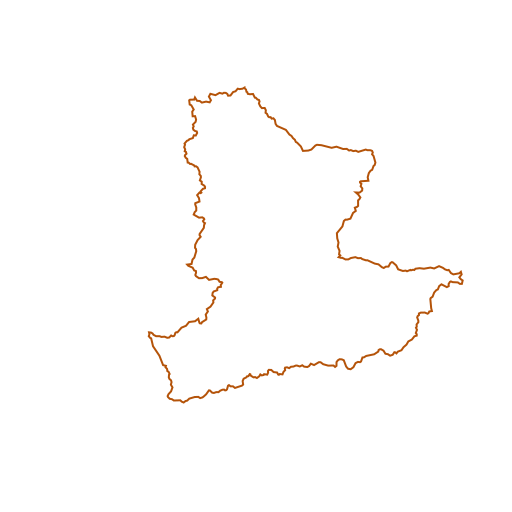 the district of Abancay, Apurímac, Peru, rotated 142°
{"feature_id": "86281439B95631648955536", "entity_name": "Abancay", "entity_type": "district", "adm_level": 2, "iso_a3": "PER", "parent_name": "Peru", "parent_adm1": "Apurímac", "projection": "orthographic", "projection_center": [-72.819, -13.777], "detail": "fine", "context": "isolated", "style": "outline", "palette": "amber", "viewbox_px": 512, "rotation_deg": 142, "n_neighbors": 0, "source": "geoboundaries", "source_scale": "gbopen_adm2", "svg_char_len": 6147}
<svg xmlns="http://www.w3.org/2000/svg" viewBox="0 0 512 512"><g transform="rotate(142 256 256)"><path d="M262.0,119.9L260.2,119.9L257.9,122.8L255.8,123.4L253.7,123.2L252.0,121.7L251.0,119.8L253.0,113.4L252.9,110.5L251.1,108.5L247.7,108.4L243.5,110.3L240.9,109.8L239.4,108.3L238.2,108.2L234.6,110.5L233.4,109.7L230.7,109.4L223.4,105.8L218.5,105.4L217.3,106.4L216.0,106.3L214.9,105.6L213.8,102.9L214.2,99.3L212.5,97.4L211.7,94.9L209.1,94.0L206.2,95.0L205.6,94.4L205.3,92.8L203.1,93.3L199.4,92.2L195.9,93.3L192.0,93.5L188.6,94.9L184.6,94.2L180.6,95.2L178.4,94.3L177.5,95.4L177.5,96.9L174.6,98.7L174.1,101.0L172.9,101.3L171.6,103.2L168.8,103.9L167.8,105.3L166.8,108.4L165.6,109.1L164.0,109.1L163.0,110.4L160.9,109.9L157.8,107.5L156.3,104.9L155.3,104.8L153.6,105.6L151.3,104.3L150.1,107.0L145.1,114.8L144.2,115.3L141.9,115.2L138.1,117.5L134.9,118.1L133.3,117.7L130.2,119.5L127.3,119.5L124.8,114.0L122.7,113.6L121.4,115.4L119.1,116.2L118.1,116.0L117.2,114.4L113.2,110.9L112.5,108.5L110.9,107.3L108.2,109.5L108.9,111.6L108.9,114.0L105.3,114.9L104.3,117.4L106.4,117.2L111.8,120.0L112.9,122.5L112.7,126.4L114.0,127.0L115.3,129.1L116.0,131.6L118.0,135.3L123.3,136.5L125.7,139.5L131.5,142.6L134.6,145.7L138.2,147.8L139.9,147.5L140.7,148.5L142.7,149.3L142.9,150.0L146.4,151.0L147.0,152.3L149.5,153.8L152.2,158.0L151.3,162.3L152.2,166.9L152.8,167.6L154.5,167.7L158.1,166.1L160.3,167.7L162.7,167.9L163.7,169.7L164.6,174.0L167.1,176.9L170.8,184.0L172.0,184.9L174.2,188.2L174.6,189.8L177.0,191.5L178.4,193.9L182.5,196.0L185.4,196.5L187.6,198.2L189.2,201.6L190.1,202.1L191.6,204.2L189.2,204.6L189.5,206.2L187.0,208.6L185.8,213.1L182.7,215.8L181.1,219.9L178.2,224.2L169.7,226.1L165.2,229.5L163.1,229.6L161.9,228.6L158.6,227.3L153.0,230.2L149.6,230.1L148.4,233.2L146.1,232.5L144.7,232.6L141.3,237.0L139.6,237.1L137.7,237.9L137.6,241.5L138.2,244.6L135.4,242.2L132.1,242.2L130.6,243.8L130.6,246.5L128.5,248.0L128.8,249.8L128.4,250.4L127.5,250.4L121.1,246.1L119.5,249.3L116.0,251.9L113.2,252.7L111.4,252.4L107.9,254.6L106.5,254.6L104.4,256.1L101.8,262.4L101.9,264.7L100.3,265.6L99.8,267.3L100.6,268.8L103.1,270.8L104.0,272.3L111.3,275.1L112.5,277.5L114.8,278.8L116.1,281.1L117.7,281.8L118.5,284.5L121.5,286.7L125.3,292.6L129.8,294.7L136.2,303.0L139.5,306.1L141.2,306.5L146.8,305.8L149.9,306.9L154.3,309.9L153.2,314.7L153.8,320.0L154.4,321.4L153.8,323.7L154.3,326.1L154.1,328.8L154.9,331.1L154.8,337.0L159.4,345.6L159.2,348.1L157.4,351.5L157.5,353.8L159.1,354.6L159.0,356.4L160.2,357.3L160.5,358.4L159.8,361.3L160.3,363.0L158.5,364.8L158.0,367.3L160.3,368.9L160.5,371.2L159.8,374.4L158.0,375.7L157.6,377.2L158.5,378.4L158.7,380.8L159.4,381.5L158.6,385.5L161.2,387.2L162.6,388.8L162.0,390.5L162.4,391.3L161.4,393.3L161.7,395.1L161.3,395.8L163.6,396.1L166.3,397.7L167.4,399.1L170.7,398.4L173.1,399.3L177.3,398.2L179.3,399.5L178.8,401.4L179.4,403.2L180.9,404.4L182.5,404.6L184.3,407.0L188.9,407.7L192.1,411.9L195.0,410.6L195.6,406.5L197.9,405.6L200.3,408.4L204.2,410.2L204.9,412.8L206.9,414.6L206.5,418.5L208.4,417.3L211.8,419.8L212.8,419.8L215.0,416.2L214.2,414.6L214.9,409.8L217.4,409.0L219.9,405.1L217.9,403.7L219.2,400.4L221.0,398.9L224.8,398.4L225.3,396.5L226.9,395.8L227.6,394.1L227.1,392.1L226.0,390.6L226.6,389.2L229.3,388.0L230.7,389.4L233.2,387.8L236.7,389.1L237.8,388.8L239.5,389.3L243.1,388.6L243.4,387.4L245.6,386.0L246.1,383.7L247.7,382.4L247.1,381.3L247.8,379.4L249.8,379.2L250.6,378.6L250.9,376.7L250.4,374.9L252.3,371.7L251.6,371.1L251.3,369.1L250.4,368.6L248.9,365.3L249.2,364.4L248.0,363.6L247.5,361.8L248.6,357.1L250.3,355.3L250.2,353.1L250.9,352.0L253.7,350.1L253.0,348.0L254.5,346.2L253.4,343.2L253.6,341.8L254.5,340.8L256.4,341.6L259.6,341.1L260.2,340.7L260.1,339.6L260.9,339.6L261.5,340.8L264.9,340.2L265.3,336.7L267.0,333.7L271.3,335.0L272.1,334.2L273.2,331.0L275.1,328.6L277.3,328.3L279.6,327.0L277.3,321.3L274.5,319.5L273.9,317.7L274.1,316.8L276.3,316.2L276.5,314.4L276.0,313.3L277.9,312.3L279.8,310.3L286.8,308.1L287.6,307.3L287.8,305.2L292.2,304.5L297.0,302.3L299.0,300.0L299.0,298.5L300.1,296.6L305.6,292.7L308.2,292.3L311.7,289.4L315.5,291.6L315.4,290.0L313.1,285.8L313.6,282.7L312.6,281.1L313.6,279.7L315.5,278.4L315.7,277.1L314.6,273.6L312.0,271.7L308.3,270.4L307.7,266.1L302.9,263.7L301.2,262.0L300.3,260.7L300.6,258.1L299.0,256.4L299.0,255.7L301.7,254.8L302.6,253.3L305.1,254.7L306.6,254.2L307.6,252.9L311.2,254.1L312.9,253.6L314.7,251.8L313.8,248.5L314.5,247.7L317.1,247.4L318.2,245.6L323.1,244.1L327.4,244.4L328.1,241.9L331.7,240.8L333.0,238.0L334.3,236.6L339.3,237.1L340.6,236.5L341.6,237.4L341.7,238.2L340.1,242.1L344.2,242.1L349.4,245.2L354.1,244.1L358.8,245.4L364.9,244.2L365.7,245.0L366.8,245.1L369.1,243.6L370.1,243.5L371.3,244.3L371.8,245.6L374.6,245.2L376.3,246.2L377.7,248.7L380.4,250.5L381.3,252.1L384.1,254.3L385.3,257.0L385.2,258.6L385.8,260.2L387.3,261.7L388.1,260.0L389.9,258.8L389.8,256.4L389.3,255.7L392.7,248.3L393.5,236.9L396.4,227.2L394.6,224.9L395.8,224.1L395.6,221.8L396.7,219.9L396.2,218.6L396.7,216.2L397.6,216.0L399.4,214.1L399.9,212.5L399.5,210.3L400.2,208.6L402.3,207.0L402.7,203.9L406.3,201.6L410.0,201.0L411.9,200.0L412.2,199.1L411.9,196.6L410.4,194.9L409.7,192.7L404.5,188.9L404.2,186.9L403.2,185.1L400.8,185.1L399.3,184.4L396.4,184.7L391.1,182.6L388.2,180.5L387.5,178.4L385.2,177.5L383.4,177.5L380.5,177.7L375.8,179.1L375.1,178.4L374.7,175.3L373.5,174.0L371.1,173.2L369.4,171.8L367.2,171.9L364.8,171.3L363.4,170.4L363.1,169.1L362.0,168.6L360.9,168.8L357.9,171.0L356.8,170.9L356.3,169.0L354.4,167.5L353.8,165.0L346.9,162.5L345.3,162.6L343.5,165.7L341.3,166.9L338.2,166.3L337.2,166.7L336.0,166.0L333.6,166.8L333.3,166.3L333.8,165.1L333.0,162.7L332.5,161.7L331.3,161.2L330.4,159.3L327.4,159.2L325.5,160.0L325.0,158.4L323.2,157.5L322.4,157.9L320.2,155.6L318.3,156.6L317.4,158.0L316.0,158.4L314.1,156.8L313.6,153.7L311.1,151.2L311.5,148.9L311.1,148.3L310.0,148.4L308.0,146.4L305.6,147.8L303.3,148.1L302.6,149.6L301.8,150.1L300.1,149.2L298.9,147.2L296.7,147.2L294.5,145.8L292.2,145.2L291.2,144.5L289.5,142.0L286.8,141.4L286.2,139.2L283.9,136.9L281.9,136.6L279.1,137.4L277.4,134.3L271.8,133.6L270.5,132.5L269.7,129.4L266.7,125.3L262.3,121.9L262.0,119.9Z" fill="none" stroke="#b45309" stroke-width="2"/></g></svg>